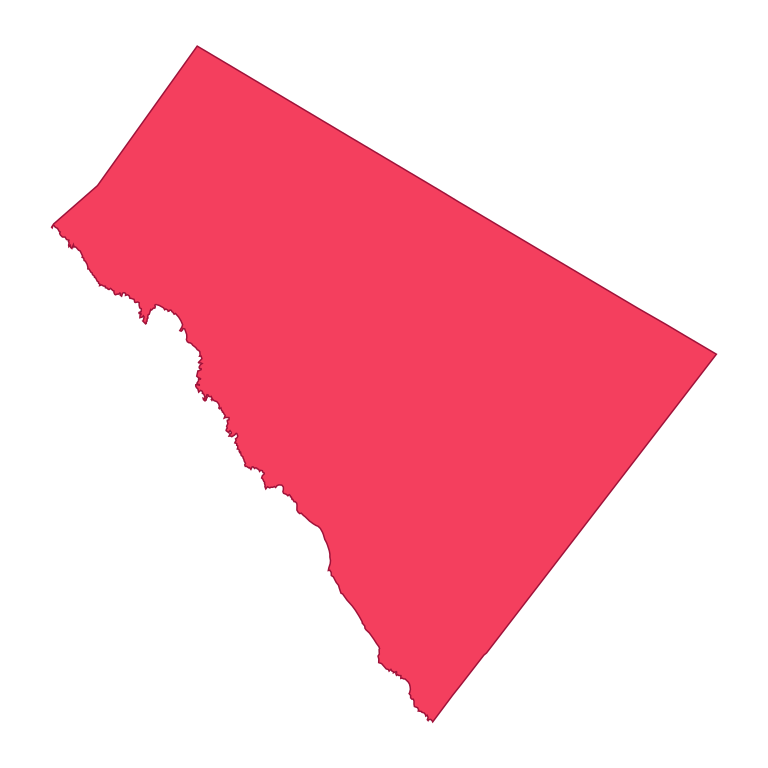 Salega, Satupa'itea, Samoa
{"feature_id": "51752279B51702151911429", "entity_name": "Salega", "entity_type": "district", "adm_level": 2, "iso_a3": "WSM", "parent_name": "Samoa", "parent_adm1": "Satupa'itea", "projection": "equal_earth", "projection_center": [-172.669, -13.632], "detail": "fine", "context": "isolated", "style": "filled", "palette": "rose", "viewbox_px": 768, "rotation_deg": 0, "n_neighbors": 0, "source": "geoboundaries", "source_scale": "gbopen_adm2", "svg_char_len": 5240}
<svg xmlns="http://www.w3.org/2000/svg" viewBox="0 0 768 768"><path d="M197.2,46.1L97.5,185.6L53.7,223.9L51.6,227.2L52.2,227.9L53.0,225.3L53.7,225.2L55.3,227.2L57.5,228.4L59.4,231.7L60.2,232.0L59.7,233.6L60.5,235.1L62.4,237.0L65.1,237.1L66.5,239.5L68.9,240.2L68.4,241.3L69.1,242.9L68.6,245.1L68.9,246.7L70.2,245.3L70.8,247.6L71.9,248.5L73.4,244.7L74.0,247.1L74.6,246.6L76.2,247.4L78.5,250.1L80.2,251.0L82.6,256.1L82.1,257.3L83.7,258.1L84.1,260.5L85.4,261.2L87.2,264.5L87.9,267.4L87.8,268.9L89.1,269.1L90.9,272.2L92.0,272.8L92.5,274.6L94.6,276.4L94.5,277.3L95.7,278.0L97.3,281.3L98.5,281.9L98.6,283.3L99.9,284.2L99.6,285.6L101.6,284.9L103.4,286.0L105.4,286.3L105.4,287.7L107.6,288.3L108.1,289.3L109.1,289.5L110.6,288.4L112.9,290.6L113.9,290.9L114.0,292.7L114.8,294.4L115.7,294.8L116.8,294.2L118.6,294.1L119.9,293.0L120.4,293.6L120.2,295.1L121.6,296.2L122.5,293.4L123.4,292.7L124.7,292.8L125.7,293.8L125.5,295.4L127.6,294.8L129.2,295.9L129.9,298.3L131.2,298.4L134.1,299.4L134.7,302.1L135.4,302.5L137.8,302.0L139.2,302.8L139.1,305.1L139.7,307.9L141.3,308.7L141.2,311.4L139.0,312.5L139.1,313.4L140.9,313.3L141.0,314.5L140.1,314.8L139.9,317.7L142.3,317.0L143.4,315.8L144.1,317.0L143.2,320.8L142.8,321.0L145.6,323.9L146.3,323.4L146.2,322.1L146.9,321.5L147.3,318.5L148.0,318.0L147.7,316.8L148.2,314.7L149.2,314.3L150.7,309.5L151.6,310.0L153.4,308.1L154.8,308.1L155.3,306.8L154.8,305.2L156.0,304.5L159.2,305.4L163.5,307.8L164.7,309.8L165.8,309.0L167.9,310.2L168.1,311.3L169.2,311.0L170.1,310.0L171.2,310.3L172.1,311.8L172.9,312.3L174.1,314.2L175.5,313.5L178.7,317.1L180.9,320.7L182.6,324.7L181.9,327.0L179.8,330.6L181.2,331.2L182.5,330.0L182.9,328.6L184.7,328.9L186.7,334.5L186.8,337.7L186.4,339.6L187.3,341.7L188.8,342.7L190.4,342.9L192.0,344.1L192.6,345.1L195.7,347.5L197.4,349.8L198.6,350.4L199.8,351.7L200.1,354.8L199.5,356.2L201.1,356.1L201.9,358.7L198.5,362.4L199.0,363.0L200.7,362.9L202.1,363.5L200.3,364.8L199.1,367.1L199.5,368.4L201.1,368.6L201.2,369.6L198.8,370.8L197.9,370.9L196.7,376.2L198.6,377.8L200.5,378.6L200.4,379.2L198.6,379.1L198.5,380.8L196.9,383.2L197.8,384.2L199.3,384.6L199.3,385.2L196.8,384.6L195.8,384.7L195.7,386.0L196.5,387.7L197.8,388.8L198.7,392.1L200.6,390.4L202.0,391.1L202.7,392.4L202.3,393.2L203.9,394.3L204.9,397.0L204.7,398.7L203.1,398.2L203.5,399.7L205.0,400.9L206.2,400.0L206.3,398.9L207.3,397.1L206.3,396.9L207.0,394.7L208.1,394.9L208.4,396.1L210.2,396.8L211.2,396.4L212.1,398.5L211.3,399.4L211.9,400.3L212.5,399.1L214.1,400.7L216.8,401.6L218.7,403.9L219.4,406.4L218.8,408.0L219.5,408.8L220.9,407.9L221.6,410.5L222.4,411.0L222.5,412.1L223.3,412.3L224.1,414.1L225.2,415.4L224.2,418.1L225.8,417.4L229.0,417.6L229.0,419.7L227.3,420.3L227.2,420.9L227.9,423.7L226.6,426.3L227.3,428.0L226.4,429.2L226.1,430.6L228.9,432.8L229.2,431.5L230.0,430.6L231.3,432.4L231.2,433.5L230.0,434.1L229.0,436.1L230.3,436.0L231.8,436.7L234.6,435.0L236.1,433.4L236.8,433.5L237.8,436.0L237.3,437.5L235.5,438.9L236.1,440.2L234.8,442.9L236.7,443.5L236.7,445.3L237.6,445.6L237.8,447.4L237.3,449.0L238.3,449.1L239.4,450.3L239.2,451.4L239.8,452.6L240.5,452.1L241.2,455.4L243.0,456.9L243.0,457.8L243.9,459.5L244.2,461.0L245.5,463.4L244.7,464.9L245.3,466.4L246.4,466.3L248.8,467.9L249.5,467.6L250.9,469.4L252.2,466.8L253.0,466.8L254.7,468.5L255.3,467.8L256.7,468.0L257.2,468.8L258.7,469.4L259.6,471.4L260.6,470.3L262.3,470.7L263.0,472.5L264.0,472.8L264.3,473.8L262.4,475.6L261.6,478.0L262.7,478.9L263.8,481.4L264.6,482.2L264.5,483.5L265.1,485.3L264.9,486.7L265.8,488.9L267.4,486.8L269.8,487.9L271.0,487.2L272.8,487.3L274.3,486.5L275.6,487.5L277.1,485.6L278.8,484.9L281.8,485.1L283.3,486.9L283.4,489.4L282.9,491.7L283.6,493.3L286.4,494.4L287.9,495.8L289.2,494.7L290.2,495.5L290.5,496.8L291.4,497.1L292.0,499.3L292.6,499.2L294.1,501.7L295.3,501.7L296.7,503.2L297.0,504.9L296.9,510.1L298.2,512.3L299.7,513.6L301.3,513.2L303.4,515.4L305.1,516.7L309.6,521.1L313.3,523.8L316.1,525.5L318.0,526.2L320.3,528.4L322.4,532.1L323.3,534.3L324.8,539.4L326.6,542.8L327.6,545.4L329.3,550.8L329.9,554.1L329.9,557.1L330.5,560.6L330.2,563.7L328.8,568.0L328.3,570.5L329.8,570.2L331.2,572.4L331.3,575.5L333.4,576.9L334.9,579.9L336.2,582.4L338.5,585.3L339.5,588.8L341.0,593.2L342.6,593.9L347.0,600.1L352.2,605.9L355.3,610.1L358.7,615.5L360.2,618.1L362.4,622.2L362.1,622.9L364.7,626.0L365.0,628.4L366.1,629.9L369.4,633.0L373.7,639.0L376.6,643.6L378.9,646.7L379.6,648.6L379.1,649.5L379.3,654.1L378.0,656.1L378.8,659.0L378.7,662.6L381.6,663.6L386.2,668.9L388.5,669.6L389.1,671.1L390.9,669.4L391.8,671.0L393.5,671.8L393.4,672.8L396.2,671.6L396.7,672.1L395.8,673.7L396.5,675.3L397.6,674.5L398.3,675.4L399.4,675.5L400.9,675.6L400.8,678.4L401.9,678.1L403.7,678.9L405.1,679.0L406.3,680.1L408.3,682.1L409.5,684.1L410.1,686.6L410.4,689.3L409.7,692.5L409.1,693.6L410.6,695.4L410.6,697.8L411.8,699.1L413.3,699.2L414.0,701.0L414.0,704.2L414.4,706.5L417.6,707.7L418.6,709.9L418.2,711.0L421.5,711.5L421.9,712.3L424.1,712.9L425.4,714.5L425.8,716.1L427.1,715.2L428.1,717.5L427.3,719.7L428.1,720.6L428.6,719.7L430.7,719.4L432.1,720.7L432.7,721.9L452.5,695.4L460.5,685.3L483.9,655.1L486.5,653.0L716.4,354.2L684.5,335.4L666.2,324.5L637.8,308.2L547.2,254.5L459.0,202.1L440.9,191.1L409.1,172.2L347.8,135.8L239.1,71.0L197.2,46.1Z" fill="#f43f5e" stroke="#9f1239" stroke-width="1.5"/></svg>